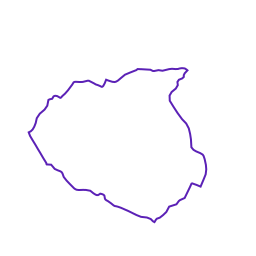 the border of Zimbabwe, rotated 113°
{"feature_id": "ZWE", "entity_name": "Zimbabwe", "entity_type": "country or territory", "adm_level": 0, "iso_a3": "ZWE", "parent_name": "Africa", "parent_adm1": "", "projection": "equal_earth", "projection_center": [29.641, -19.023], "detail": "fine", "context": "isolated", "style": "outline", "palette": "violet", "viewbox_px": 256, "rotation_deg": 113, "n_neighbors": 0, "source": "natural_earth", "source_scale": "50m", "svg_char_len": 2096}
<svg xmlns="http://www.w3.org/2000/svg" viewBox="0 0 256 256"><g transform="rotate(113 128 128)"><path d="M170.8,217.7L169.0,216.2L166.6,215.2L163.5,214.8L159.5,214.9L154.6,215.8L149.3,214.8L143.7,212.0L139.0,211.0L133.4,212.2L133.2,212.2L132.2,211.3L130.7,209.2L128.1,208.9L127.4,208.4L126.8,207.6L126.5,206.6L126.3,205.5L126.7,202.2L126.5,201.8L125.8,201.4L124.4,201.0L121.0,199.4L116.8,198.0L109.9,196.3L107.3,195.9L106.6,195.4L105.9,194.2L104.5,190.3L103.3,187.7L100.3,183.7L99.8,182.5L100.0,179.4L100.2,176.8L100.5,174.6L100.3,172.6L100.3,170.1L100.4,168.4L100.0,167.7L98.9,167.2L95.8,166.9L92.1,167.0L92.0,164.5L91.6,160.5L90.9,158.2L90.0,157.1L88.3,155.8L84.9,154.1L80.1,151.6L76.1,147.7L71.5,143.0L70.0,142.2L68.3,137.7L65.6,130.1L65.8,127.5L65.4,126.3L62.8,122.5L62.3,120.5L61.8,118.6L57.7,113.1L56.3,110.6L55.3,107.6L54.2,105.1L53.3,104.1L52.2,102.4L51.4,100.5L51.0,99.0L51.3,97.1L51.7,95.8L55.5,97.2L57.6,97.3L59.2,96.6L61.2,97.5L63.7,100.0L66.3,100.5L69.1,98.9L73.0,99.4L77.8,101.9L81.9,102.4L86.6,100.2L90.9,94.1L94.8,88.3L98.8,81.6L101.1,76.2L104.6,71.9L109.2,68.5L113.9,65.6L121.0,62.1L122.5,59.2L122.9,56.1L122.9,51.7L123.3,48.9L124.1,47.6L125.3,46.5L126.8,45.2L131.5,41.9L135.5,39.8L140.3,38.4L145.6,38.3L150.7,38.3L153.6,38.3L153.6,42.5L153.9,47.3L154.4,47.8L158.3,47.9L164.4,48.2L170.3,48.5L174.1,52.0L175.4,52.7L179.3,53.6L184.3,59.4L190.3,59.9L194.5,61.7L198.1,63.7L200.2,66.0L201.6,66.5L203.4,66.7L204.3,66.9L204.1,68.6L202.9,71.5L203.0,75.6L204.7,81.3L204.8,86.3L204.3,95.0L204.2,103.5L204.4,106.5L204.7,108.5L205.0,109.6L204.9,110.9L203.9,114.4L203.1,118.1L203.0,119.6L202.7,120.7L202.1,121.6L199.5,123.3L199.0,124.4L199.0,126.3L199.3,127.9L200.3,128.5L201.5,129.4L202.0,130.7L202.0,131.9L201.6,134.3L200.5,138.2L201.5,142.7L202.7,145.6L204.3,149.0L204.9,151.1L204.9,152.5L204.6,154.0L202.1,160.1L200.4,164.0L198.2,168.0L195.4,170.6L194.6,171.8L194.3,173.2L194.4,176.3L194.3,179.5L191.8,184.4L193.3,188.6L193.0,189.0L192.1,189.6L188.7,194.4L185.1,199.2L182.6,202.7L179.6,206.7L176.4,211.2L173.6,215.0L170.8,217.7Z" fill="none" stroke="#5b21b6" stroke-width="2"/></g></svg>